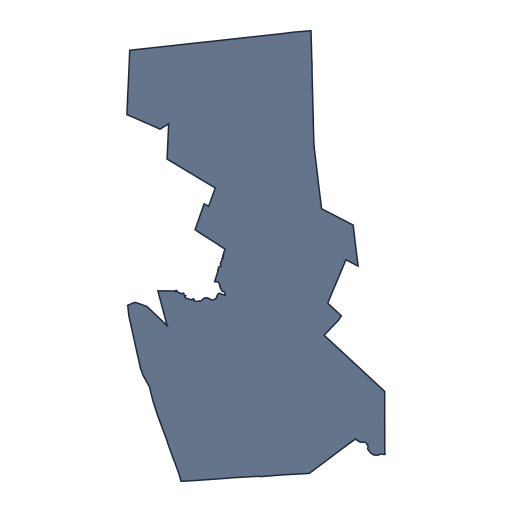 outline of Sabinas, Coahuila, Mexico
{"feature_id": "50627088B51623896111696", "entity_name": "Sabinas", "entity_type": "district", "adm_level": 2, "iso_a3": "MEX", "parent_name": "Mexico", "parent_adm1": "Coahuila", "projection": "equal_earth", "projection_center": [-101.198, 27.94], "detail": "fine", "context": "isolated", "style": "filled", "palette": "slate", "viewbox_px": 512, "rotation_deg": 0, "n_neighbors": 0, "source": "geoboundaries", "source_scale": "gbopen_adm2", "svg_char_len": 4471}
<svg xmlns="http://www.w3.org/2000/svg" viewBox="0 0 512 512"><path d="M309.3,473.4L330.2,457.7L339.0,451.1L347.9,444.5L355.5,439.0L356.0,439.6L359.6,441.9L361.3,442.3L364.2,442.1L365.1,442.3L366.7,443.6L367.1,444.9L368.1,445.9L367.9,447.5L367.6,449.0L370.6,452.9L372.6,454.2L373.4,455.0L378.3,455.2L380.1,454.2L380.6,454.0L381.2,454.1L384.3,454.5L385.1,454.2L384.8,451.6L384.7,410.9L384.7,391.4L324.1,335.2L338.6,320.1L341.4,315.9L328.0,303.4L328.1,302.2L328.4,301.6L331.7,293.6L332.8,291.0L333.3,289.8L335.0,285.8L345.9,259.8L346.9,260.3L358.1,266.1L355.8,247.5L353.2,225.1L338.5,217.5L327.1,211.6L321.6,208.8L319.0,187.8L317.5,175.2L315.9,161.7L314.3,148.6L313.9,144.0L313.7,136.4L313.3,123.2L313.2,116.3L313.0,109.7L312.3,82.6L312.1,74.6L312.0,63.2L311.7,57.7L311.5,48.7L311.0,30.7L297.9,31.8L293.0,32.2L286.4,33.1L276.6,34.2L266.6,35.3L257.7,36.3L245.5,37.6L234.6,38.8L223.6,40.0L212.2,41.3L211.9,41.3L200.7,42.5L188.8,43.8L176.3,45.2L161.6,46.8L155.0,47.5L154.2,47.6L142.0,48.9L129.7,50.3L129.2,63.3L128.3,83.7L127.7,95.3L127.5,99.3L127.5,101.3L126.9,114.6L145.5,122.7L146.2,122.9L146.7,123.1L160.0,129.2L168.1,124.2L168.5,124.0L168.6,123.9L168.5,127.6L167.3,154.2L167.0,159.0L187.8,171.5L199.2,178.4L213.5,186.9L215.3,187.9L212.5,195.5L208.7,206.2L206.4,205.1L204.1,203.9L201.4,211.6L199.3,217.6L195.1,229.7L199.8,232.9L203.2,235.1L206.6,237.3L218.3,244.6L218.8,244.9L218.7,245.1L225.0,249.1L223.9,252.4L222.8,256.1L223.5,256.1L222.4,258.2L222.3,258.3L222.5,258.3L222.8,258.3L222.7,258.5L220.9,262.1L220.8,262.3L220.4,263.6L220.5,263.9L220.5,264.0L220.7,264.5L221.1,266.0L220.4,266.2L220.3,266.3L220.2,266.3L219.7,266.5L219.4,266.6L219.0,266.8L218.9,267.0L218.4,268.1L218.5,268.4L218.3,268.5L218.2,269.6L218.2,269.8L218.2,270.0L217.9,270.1L217.6,270.3L217.8,270.8L218.0,271.1L217.9,271.2L217.9,271.3L214.6,281.7L216.6,281.7L217.1,281.7L217.3,281.7L217.3,281.8L217.5,281.8L217.8,281.9L217.8,282.0L218.0,282.1L218.2,282.3L218.3,282.3L219.1,283.3L219.3,283.7L219.3,283.8L219.4,284.0L219.5,284.2L219.5,284.3L219.6,284.5L219.7,284.8L219.8,284.8L219.9,285.0L219.9,285.3L219.9,285.5L219.8,285.8L219.8,286.0L219.7,286.0L219.8,286.4L220.3,287.5L220.4,287.8L220.4,288.0L220.5,288.1L220.5,288.3L220.6,288.5L220.8,288.7L220.9,288.8L221.0,288.9L221.0,289.0L221.1,289.3L221.2,289.6L221.3,289.7L221.3,289.8L221.4,290.1L221.5,290.2L221.8,290.8L222.1,291.1L222.3,291.2L222.5,291.2L222.6,291.3L222.8,291.3L223.0,291.4L223.2,291.5L223.4,291.5L223.7,291.6L224.2,291.9L224.5,292.8L224.8,293.3L224.8,294.2L225.1,295.1L224.6,295.0L222.2,294.4L221.0,293.8L220.2,293.5L219.8,293.2L219.3,293.2L218.7,293.5L218.1,293.9L217.4,294.9L217.2,295.6L216.9,296.0L216.8,296.7L216.7,297.2L216.6,297.3L216.5,297.5L216.4,297.6L216.3,297.8L216.2,297.9L216.2,298.0L215.9,298.3L214.6,299.3L214.4,299.4L214.2,299.5L213.8,299.6L213.6,299.7L212.9,300.0L212.3,300.1L212.1,300.1L211.8,299.9L211.5,299.8L211.2,299.7L210.5,299.4L209.8,299.2L209.7,299.0L209.5,298.9L209.4,298.9L209.3,298.7L209.2,298.7L208.9,298.5L207.5,297.8L205.4,297.9L204.8,297.9L203.7,298.4L203.4,298.7L202.3,299.8L201.0,300.8L200.5,301.1L200.2,301.3L199.9,301.1L199.5,300.9L198.7,301.2L197.4,301.4L196.2,301.3L195.5,301.2L195.0,301.0L194.3,300.1L194.0,299.6L193.8,300.1L193.7,300.0L193.2,298.8L191.7,299.8L191.1,299.7L187.4,298.6L187.0,298.6L185.0,297.3L185.0,296.9L185.6,295.8L184.7,296.0L184.1,294.9L184.1,293.8L183.5,293.2L182.0,293.3L181.7,293.8L180.8,293.5L177.3,291.8L177.0,290.7L176.4,290.4L175.5,290.6L175.5,291.0L175.5,291.5L174.9,291.5L174.9,291.0L173.5,291.0L171.6,291.0L170.1,290.9L167.5,291.0L167.0,290.9L162.3,290.9L162.1,290.9L159.6,290.9L158.2,290.9L157.9,290.9L167.1,325.6L147.0,306.5L137.0,302.9L134.6,302.4L127.6,305.3L127.8,305.9L128.8,315.6L133.3,335.9L137.0,352.7L137.4,354.7L138.1,357.3L140.6,369.0L140.9,369.7L141.6,371.4L142.3,373.3L142.4,373.6L143.0,375.2L143.2,375.6L144.0,377.1L145.2,379.2L146.6,381.7L148.3,384.8L149.4,386.7L150.0,389.1L150.6,391.6L152.9,400.9L157.4,414.8L157.7,415.6L164.2,433.2L166.7,439.9L167.1,440.3L167.3,440.5L167.2,441.7L173.7,459.9L174.7,462.0L174.8,462.2L175.1,463.2L175.4,464.2L175.6,464.7L175.8,465.2L176.2,466.4L176.5,467.2L176.8,468.1L177.2,469.0L177.5,470.0L177.9,470.9L178.0,471.3L178.3,471.9L178.6,472.9L178.7,473.2L178.9,473.8L179.1,474.4L179.3,475.2L179.4,475.5L180.3,478.6L181.1,481.3L188.7,480.9L194.0,480.6L223.8,478.5L226.5,478.2L228.3,478.2L230.4,477.9L231.7,477.8L258.1,476.3L261.0,476.6L282.3,474.9L309.3,473.4Z" fill="#64748b" stroke="#1e293b" stroke-width="1.5"/></svg>